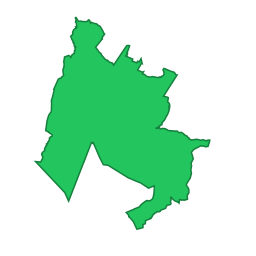 the district of Ajacuba, Hidalgo, Mexico, rotated 283°
{"feature_id": "50627088B1222812133050", "entity_name": "Ajacuba", "entity_type": "district", "adm_level": 2, "iso_a3": "MEX", "parent_name": "Mexico", "parent_adm1": "Hidalgo", "projection": "albers", "projection_center": [-99.07, 20.107], "detail": "fine", "context": "isolated", "style": "filled", "palette": "green", "viewbox_px": 256, "rotation_deg": 283, "n_neighbors": 0, "source": "geoboundaries", "source_scale": "gbopen_adm2", "svg_char_len": 5773}
<svg xmlns="http://www.w3.org/2000/svg" viewBox="0 0 256 256"><g transform="rotate(283 128 128)"><path d="M204.4,51.5L203.0,52.6L202.6,52.8L201.3,53.6L200.7,54.6L199.2,55.1L199.0,55.3L199.0,56.0L198.9,56.1L198.7,56.2L198.3,55.9L196.5,57.2L195.9,57.4L195.5,57.3L195.3,57.4L195.3,57.5L195.5,58.3L195.1,58.5L194.9,58.9L194.7,58.9L194.3,58.4L194.0,58.3L193.7,58.6L193.2,58.7L191.9,58.8L191.2,58.4L190.5,58.8L190.0,58.6L188.7,59.0L188.4,58.7L188.0,58.1L187.1,57.6L186.4,56.8L185.5,56.6L184.3,56.6L183.8,56.4L184.1,56.0L184.8,55.2L185.4,54.0L183.0,50.2L177.9,50.5L176.5,51.2L173.8,51.8L169.8,51.5L164.6,53.4L163.5,52.6L163.1,52.1L162.4,51.7L161.4,51.6L160.9,50.2L160.7,50.2L160.0,49.1L148.8,46.9L148.4,47.6L139.6,47.4L137.9,47.1L134.3,48.1L130.7,48.8L128.2,49.4L126.2,49.4L124.0,48.3L121.8,47.8L116.5,47.5L106.9,48.4L106.7,49.4L106.7,50.7L106.6,50.9L105.9,51.3L105.8,52.2L105.9,52.5L105.2,53.1L104.9,54.6L104.4,55.4L103.7,55.8L102.9,55.9L102.1,54.8L101.1,53.9L100.7,53.7L100.0,53.8L99.5,54.0L98.5,54.1L98.2,53.8L96.9,53.5L96.6,53.2L95.6,53.0L94.9,53.2L94.2,52.2L93.7,52.6L93.3,52.3L92.7,52.7L92.3,52.5L92.1,52.1L89.6,51.5L89.0,51.4L87.2,51.9L85.1,50.2L83.5,49.7L82.5,50.0L80.6,51.4L79.7,51.6L78.7,51.5L77.5,51.1L75.4,50.7L75.1,50.5L75.1,49.7L74.5,45.5L50.8,81.0L43.4,86.6L84.9,92.6L85.1,92.8L87.2,93.0L105.1,95.6L105.7,95.7L105.1,97.2L105.3,97.2L105.2,97.6L105.6,97.7L93.4,106.6L86.7,112.2L87.2,116.9L79.5,139.5L77.5,151.0L77.5,152.2L74.0,161.6L77.5,166.5L74.6,167.3L70.0,168.0L66.3,168.1L64.4,167.8L62.2,166.0L61.7,164.7L61.7,163.3L61.3,162.2L58.1,159.4L56.9,158.5L56.5,158.4L55.8,157.6L53.8,157.0L50.2,151.9L49.8,151.6L45.3,145.3L43.5,147.9L41.8,148.7L42.0,148.9L37.9,154.3L31.4,159.4L32.2,161.0L34.3,165.0L37.0,164.4L37.2,164.2L37.4,164.3L38.6,166.4L41.7,165.9L44.8,170.5L45.1,170.1L46.0,171.0L46.9,171.4L48.0,171.7L48.3,171.5L49.6,172.4L49.9,172.4L50.0,172.7L51.5,173.7L51.9,174.5L53.2,175.4L53.4,175.9L53.2,176.6L53.3,177.0L53.9,177.9L54.2,178.2L54.9,178.3L55.4,178.7L56.5,180.0L56.6,180.5L57.2,181.1L57.5,181.9L58.0,182.3L58.4,182.8L59.3,182.7L60.9,183.3L61.5,183.4L62.6,186.0L63.2,186.7L64.0,186.8L64.5,186.7L65.4,186.1L68.9,185.9L69.3,185.4L70.2,185.0L70.4,184.7L70.2,185.7L68.5,188.0L67.4,190.3L67.3,191.7L67.4,192.1L67.0,192.6L66.9,193.8L66.3,194.6L67.6,194.6L67.8,194.2L68.8,194.4L69.5,194.2L69.8,194.4L70.2,195.4L69.6,196.1L70.0,197.0L70.3,198.4L70.5,198.6L70.3,199.0L70.4,199.4L71.1,200.3L71.3,201.1L72.0,202.0L75.0,201.0L75.7,200.9L78.4,201.9L80.2,201.5L82.2,200.9L84.1,199.2L85.1,197.9L86.5,197.6L93.3,199.9L98.2,200.0L101.2,198.7L105.8,198.4L107.7,197.3L112.8,198.6L113.5,197.9L114.9,197.4L118.5,195.2L121.9,196.9L126.9,202.8L127.4,207.0L127.1,208.1L127.5,208.7L128.1,210.1L131.5,210.3L131.8,210.5L134.6,210.4L134.2,208.5L133.2,207.6L133.4,203.7L133.0,202.6L132.3,201.5L132.4,200.1L132.6,199.2L132.4,198.8L132.5,198.2L132.4,197.3L132.0,196.3L131.9,195.6L131.3,194.9L130.9,194.1L131.0,193.0L130.6,192.4L130.6,191.6L131.1,190.7L131.0,190.1L131.5,190.1L131.9,189.8L132.7,187.8L133.4,187.4L133.4,186.6L133.7,186.2L133.6,185.5L134.1,184.9L134.1,184.2L134.7,183.9L134.8,183.4L135.1,183.0L135.3,182.4L135.4,181.8L135.7,181.4L135.8,181.2L135.0,179.2L135.3,178.5L135.4,177.7L135.5,177.3L136.0,176.9L136.1,176.3L135.5,175.5L135.7,174.8L135.4,174.4L135.5,173.6L135.3,173.3L135.3,171.9L134.8,170.7L135.0,170.3L134.6,167.6L134.7,167.2L135.3,166.3L135.2,165.5L135.7,164.7L135.5,164.1L135.7,163.8L135.4,162.4L135.4,161.5L134.5,160.3L134.3,159.7L134.4,159.4L134.8,159.0L135.2,158.8L135.6,158.4L134.5,157.4L134.4,156.8L134.2,156.5L134.0,155.5L134.4,155.5L134.7,156.4L135.2,156.8L135.4,157.1L136.8,157.7L137.2,158.1L137.4,158.4L137.4,158.9L137.7,159.1L138.6,159.4L138.7,160.2L139.7,160.3L140.9,159.8L141.3,160.3L141.8,160.5L142.4,161.0L143.3,161.3L143.4,161.5L143.7,161.7L145.5,162.2L146.0,162.2L147.7,162.8L148.3,162.7L148.9,163.2L152.5,163.9L153.8,164.0L154.1,163.8L154.7,164.1L155.3,163.8L155.7,163.9L156.1,163.8L156.8,164.1L157.0,163.8L156.8,163.5L156.8,163.3L157.4,163.1L157.6,163.1L157.7,163.5L158.1,163.7L158.5,163.8L159.1,163.2L159.7,163.6L160.5,162.9L160.9,162.9L161.5,162.4L161.6,162.0L162.2,161.2L163.3,160.5L164.5,160.7L166.6,160.4L166.9,159.8L166.9,155.5L171.9,157.2L190.7,163.9L190.6,163.2L191.0,162.3L191.8,161.6L192.5,160.7L192.8,159.7L192.9,156.9L194.1,150.5L194.0,149.5L192.7,149.0L191.9,149.3L191.3,150.0L189.6,150.8L187.7,150.8L187.0,150.6L185.9,149.1L185.2,149.0L184.5,148.3L184.5,148.0L185.0,147.7L184.8,147.2L184.2,146.8L183.9,146.0L183.7,142.7L183.8,142.1L183.5,141.0L183.6,140.1L182.8,138.7L182.5,137.1L182.5,134.9L182.7,134.1L183.7,132.5L183.9,132.1L183.7,131.6L184.1,129.8L186.3,130.5L185.8,129.5L185.8,128.7L186.6,124.3L194.3,126.7L194.3,127.0L194.2,127.2L198.5,125.1L195.0,124.1L195.3,122.4L193.5,122.0L194.1,117.0L196.2,117.1L197.5,109.7L198.0,109.7L198.0,110.4L198.7,110.3L198.8,110.7L200.5,110.8L200.7,110.1L201.6,110.3L201.8,109.9L202.5,110.4L208.5,111.1L208.6,109.9L208.4,109.1L208.0,108.4L206.9,107.8L185.9,99.8L186.0,99.6L187.0,99.1L187.9,97.9L187.9,96.0L188.1,95.0L189.0,93.3L189.4,92.9L189.0,92.5L190.1,89.9L193.2,85.8L194.6,84.8L195.4,82.9L199.4,78.3L208.7,82.7L209.1,82.9L209.1,83.0L209.3,83.0L209.6,82.6L211.8,82.8L212.4,83.5L213.8,83.8L214.1,84.0L214.5,84.0L214.7,83.3L217.8,80.9L220.7,78.0L221.3,76.2L221.3,75.7L221.7,75.4L222.0,74.9L222.5,73.4L222.2,71.2L222.4,70.9L222.7,68.4L221.7,67.9L222.7,67.1L223.9,66.7L224.6,65.6L224.5,65.3L224.0,64.8L222.9,64.7L222.0,62.5L221.8,61.8L221.6,59.6L221.3,58.9L221.6,58.2L221.0,55.9L221.1,55.4L221.9,54.5L223.9,52.7L224.0,52.3L223.3,51.9L222.6,52.8L222.2,53.0L222.2,52.9L220.8,53.1L219.4,53.0L219.1,53.9L214.8,55.3L214.7,54.2L213.4,55.0L212.6,53.8L211.9,53.2L211.2,52.9L210.2,52.8L209.5,52.5L208.9,52.5L207.2,53.1L206.6,52.9L204.4,51.5Z" fill="#22c55e" stroke="#15803d" stroke-width="1.5"/></g></svg>